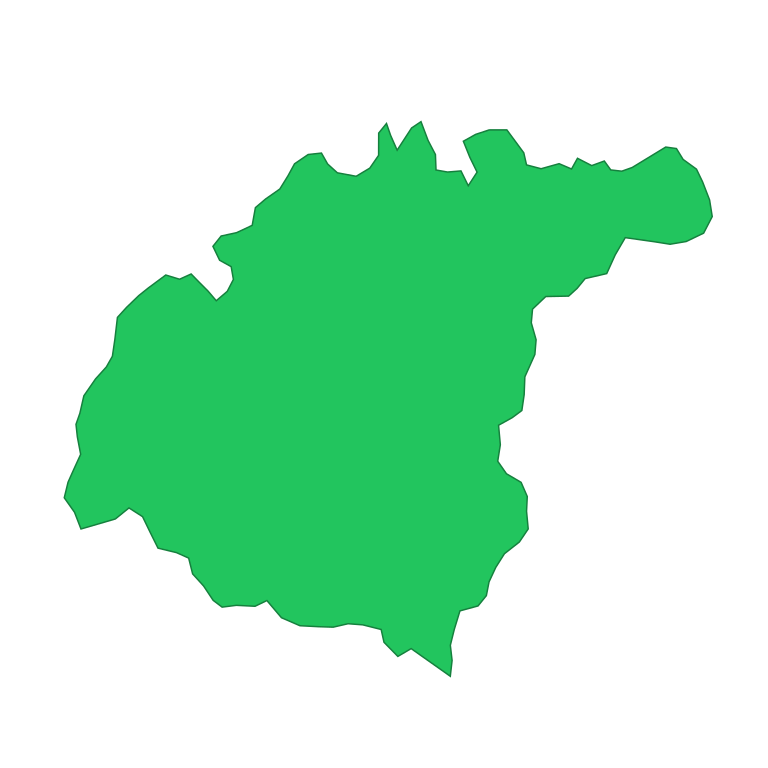 the district of Paulínia, São Paulo, Brazil, rotated 9°
{"feature_id": "56859067B57069551126176", "entity_name": "Paulínia", "entity_type": "district", "adm_level": 2, "iso_a3": "BRA", "parent_name": "Brazil", "parent_adm1": "São Paulo", "projection": "albers", "projection_center": [-47.141, -22.748], "detail": "fine", "context": "isolated", "style": "filled", "palette": "green", "viewbox_px": 768, "rotation_deg": 9, "n_neighbors": 0, "source": "geoboundaries", "source_scale": "gbopen_adm2", "svg_char_len": 1875}
<svg xmlns="http://www.w3.org/2000/svg" viewBox="0 0 768 768"><g transform="rotate(9 384 384)"><path d="M110.3,359.9L111.2,381.9L111.4,399.1L107.1,410.6L98.3,424.1L89.4,442.6L88.2,460.5L86.1,472.0L89.4,484.2L95.4,500.9L90.8,517.4L87.3,530.4L86.0,546.4L98.4,559.1L107.4,574.6L139.8,559.3L151.5,546.3L166.3,552.8L176.4,567.3L186.5,581.5L205.4,583.0L218.3,586.5L224.7,601.5L237.4,611.7L249.1,624.4L259.0,629.7L272.8,625.7L291.4,623.7L302.2,616.2L319.3,630.9L338.8,635.9L357.7,633.9L371.9,632.1L386.0,626.4L400.7,625.2L419.6,626.9L424.4,639.1L440.3,650.9L452.2,641.1L495.2,662.3L494.5,646.4L490.4,631.7L491.8,615.4L494.5,596.2L511.6,588.5L518.2,577.0L518.7,563.0L523.1,547.6L529.5,532.8L542.4,518.9L549.1,504.6L544.7,487.4L543.1,472.7L534.8,459.7L519.0,453.5L508.4,442.5L508.4,425.8L503.6,406.8L516.0,397.1L524.3,388.6L524.1,372.6L522.0,354.9L528.4,331.2L527.3,316.5L519.9,300.5L519.0,286.8L530.1,272.3L552.6,268.3L559.8,259.3L566.2,248.4L586.7,240.1L592.2,220.2L599.4,201.7L628.8,201.2L644.7,201.2L660.2,196.0L676.1,185.0L682.0,167.3L676.8,151.3L667.1,134.6L659.0,122.9L644.3,115.4L636.0,105.7L625.2,105.9L595.3,131.3L585.6,136.6L574.5,137.1L566.7,129.3L555.0,135.8L539.8,130.8L535.6,142.3L522.5,139.0L505.5,146.8L490.5,145.3L485.9,133.8L465.6,113.8L448.1,116.6L435.5,123.1L424.4,131.8L433.4,146.8L442.8,160.2L436.2,175.0L426.7,161.5L413.6,164.7L401.9,164.5L398.9,149.3L389.4,136.5L379.5,119.1L371.2,126.8L360.4,151.0L351.7,137.5L345.7,126.3L339.5,137.0L342.9,159.0L336.2,173.0L324.0,183.2L304.9,182.7L293.9,175.5L286.1,165.7L273.2,169.2L261.2,180.5L256.6,193.4L250.6,207.7L238.2,219.7L229.4,229.9L229.0,247.9L214.7,257.6L200.0,263.3L193.5,274.8L202.3,287.5L214.7,292.0L218.9,304.3L214.7,317.0L205.3,328.0L195.6,319.7L185.7,312.5L176.3,305.5L165.7,312.5L151.4,310.5L136.2,326.0L128.0,335.0L117.8,348.5L110.3,359.9Z" fill="#22c55e" stroke="#15803d" stroke-width="1.5"/></g></svg>